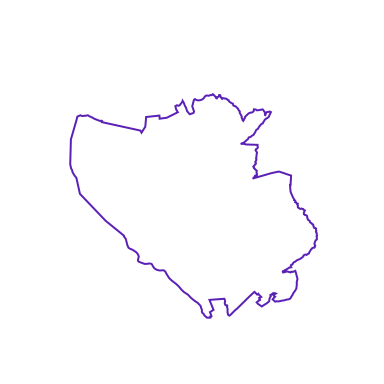 Bucov, Prahova, Romania (Equal Earth projection), rotated 26°
{"feature_id": "2599482B21146136676723", "entity_name": "Bucov", "entity_type": "district", "adm_level": 2, "iso_a3": "ROU", "parent_name": "Romania", "parent_adm1": "Prahova", "projection": "equal_earth", "projection_center": [26.112, 44.989], "detail": "fine", "context": "isolated", "style": "outline", "palette": "violet", "viewbox_px": 384, "rotation_deg": 26, "n_neighbors": 0, "source": "geoboundaries", "source_scale": "gbopen_adm2", "svg_char_len": 6007}
<svg xmlns="http://www.w3.org/2000/svg" viewBox="0 0 384 384"><g transform="rotate(26 192 192)"><path d="M260.6,298.4L263.5,296.9L263.0,296.1L264.0,295.4L264.0,295.1L260.8,292.1L263.0,288.5L255.0,281.3L267.9,273.8L269.3,275.1L269.6,275.6L269.8,276.7L270.2,277.2L270.2,277.6L270.8,278.4L271.6,278.9L272.0,279.0L273.0,278.5L273.3,278.5L273.6,278.8L273.8,279.9L274.1,280.3L275.0,281.1L276.8,284.8L277.2,285.1L278.1,286.4L279.0,286.7L279.9,286.7L280.7,284.9L282.6,279.3L283.7,276.9L290.1,258.8L290.6,257.9L290.7,257.3L291.9,254.4L295.5,255.6L295.7,255.2L296.2,254.4L296.6,254.8L300.2,256.0L299.6,256.7L299.6,256.9L298.8,257.8L300.1,258.8L299.8,259.2L300.3,259.6L299.8,260.2L298.5,262.8L300.2,263.6L304.9,264.3L306.9,260.9L307.8,259.6L309.1,256.9L309.2,256.2L309.0,255.5L308.5,254.4L308.3,252.6L308.5,251.1L307.9,250.7L307.6,250.3L308.2,249.6L308.8,248.2L309.4,247.2L309.8,247.2L311.1,246.5L311.9,246.5L310.3,249.0L310.9,249.3L312.6,249.7L311.7,252.2L311.5,253.1L314.8,254.1L315.9,253.2L317.9,252.3L320.9,249.9L322.2,249.1L324.0,247.4L325.9,246.1L326.8,245.1L327.1,244.2L327.2,242.3L327.5,240.2L327.4,238.4L327.7,237.1L328.0,235.0L328.1,232.8L327.8,232.3L327.5,231.3L326.8,229.2L325.6,227.0L325.0,224.1L324.7,223.6L320.5,218.7L319.4,217.6L318.0,219.3L316.9,219.8L316.9,220.0L316.1,220.2L315.9,220.6L315.8,221.1L312.3,221.7L309.2,224.4L308.7,224.0L308.4,223.5L308.6,223.1L309.8,221.8L309.8,221.5L311.7,218.9L312.3,217.6L314.1,216.2L313.6,215.9L313.3,215.4L313.0,214.5L313.3,213.7L314.0,213.3L314.1,211.8L314.1,210.9L315.3,209.4L315.9,208.0L316.6,206.9L318.4,204.9L319.9,202.2L320.0,201.7L320.3,200.8L320.1,200.4L320.1,200.0L321.2,198.6L322.1,198.2L322.6,198.3L323.3,196.8L323.8,196.2L324.1,195.9L323.8,195.1L324.0,194.1L324.0,192.6L324.2,191.5L324.5,191.1L324.4,190.4L324.7,189.8L325.4,188.9L326.4,188.4L326.5,187.7L326.2,187.3L326.4,186.4L326.1,185.9L325.2,185.5L324.6,184.6L324.3,181.4L325.0,179.9L324.0,177.9L323.4,177.3L323.4,177.0L323.5,176.3L322.8,175.7L322.2,174.3L321.1,173.7L320.8,173.4L320.7,173.0L320.8,172.5L319.9,171.6L319.6,170.5L318.4,170.4L317.5,170.7L316.9,170.2L316.5,169.6L315.8,169.2L315.6,168.6L315.0,168.1L314.1,168.2L313.0,167.6L311.6,167.6L310.3,166.3L308.3,166.1L307.9,165.5L307.0,164.8L306.6,164.2L306.2,163.3L305.6,162.9L305.0,162.8L304.4,163.0L304.0,162.9L303.6,163.2L302.3,162.9L301.6,161.6L301.6,160.8L301.5,159.1L300.2,159.1L299.4,158.6L298.8,158.9L297.8,158.8L297.6,158.9L296.8,159.7L296.4,159.8L293.9,159.4L293.4,158.6L293.2,157.8L292.0,157.0L292.3,156.4L292.2,156.1L290.7,156.2L290.0,155.7L289.2,155.9L289.1,155.1L288.5,154.5L287.4,154.5L287.4,154.1L285.1,152.6L281.4,149.4L280.3,148.3L277.0,142.7L277.5,142.5L273.9,133.8L261.7,135.4L260.6,135.9L254.9,140.4L241.2,152.8L241.0,152.6L241.1,152.1L241.8,150.5L241.5,150.0L241.6,149.5L241.8,149.3L242.7,149.3L243.1,148.7L242.6,148.0L242.5,147.3L241.3,146.1L241.1,144.8L240.9,144.4L239.4,144.2L238.8,143.8L237.4,143.5L237.1,143.3L237.0,142.7L236.0,142.3L236.3,141.5L236.3,141.0L236.6,140.2L236.6,139.9L236.8,139.5L236.7,139.2L237.0,138.6L236.9,138.1L236.4,137.9L235.7,137.2L235.7,136.9L235.9,136.8L235.7,135.2L235.8,134.8L234.8,133.6L234.9,133.4L233.4,129.2L233.3,128.6L233.0,127.9L230.9,126.7L230.7,125.6L231.4,124.6L231.6,124.0L231.6,123.1L231.4,122.5L230.8,122.1L230.2,120.9L219.5,125.7L219.0,125.6L216.5,126.4L214.8,127.5L215.3,126.6L216.4,125.4L216.8,125.1L217.4,124.0L218.4,121.3L219.0,120.3L219.1,119.7L219.1,118.1L220.6,116.7L221.2,115.1L222.3,113.7L222.3,112.1L222.5,111.6L222.6,110.4L222.5,108.5L222.7,107.7L223.6,106.3L223.7,105.1L223.6,104.3L224.4,100.9L225.6,99.1L225.5,97.6L225.7,96.9L225.7,95.3L226.2,94.1L228.0,91.2L227.9,85.6L226.6,85.6L225.6,86.5L224.0,87.6L223.9,87.9L224.2,90.4L224.2,90.8L223.9,90.8L222.7,88.8L222.2,88.3L219.9,87.0L219.2,86.8L216.1,89.2L214.4,90.2L213.2,89.9L211.4,90.5L211.6,91.3L212.0,92.2L211.6,93.4L211.1,94.2L209.9,94.9L208.8,96.0L208.2,97.1L207.0,100.4L206.8,101.4L207.1,102.2L206.9,103.4L207.0,104.8L206.9,105.6L205.9,105.2L205.0,104.1L204.0,103.4L203.7,102.4L200.1,99.8L199.6,98.6L198.1,98.0L196.9,97.0L193.7,95.9L191.8,96.2L191.2,96.1L190.2,94.8L189.7,94.7L188.5,94.8L185.8,94.4L185.0,94.0L184.8,93.5L183.7,93.6L182.2,93.1L178.6,94.1L178.3,94.4L178.2,95.1L177.8,95.0L177.7,94.5L177.5,94.3L176.3,94.3L175.6,93.3L174.8,92.7L174.5,92.6L173.9,93.0L174.2,94.0L174.2,94.4L173.8,95.0L172.6,96.0L173.1,96.4L173.3,96.9L173.0,97.1L172.5,97.0L171.5,96.2L168.5,95.0L167.7,95.1L167.5,96.0L167.2,96.3L165.9,97.0L164.8,98.2L163.2,98.7L162.6,99.0L161.7,100.4L161.5,102.3L161.0,103.7L160.4,104.6L159.1,105.9L157.9,106.7L156.6,107.2L155.4,107.4L153.9,107.2L153.5,107.9L153.5,109.1L154.5,114.1L154.9,115.2L156.5,116.6L157.3,117.6L158.2,118.3L158.6,118.9L158.7,120.3L158.2,120.8L155.9,123.1L153.7,122.2L152.1,121.4L149.5,118.7L148.0,117.8L145.5,115.4L143.6,114.2L143.8,115.1L143.1,118.3L143.0,119.1L142.8,119.6L142.5,120.0L141.9,120.5L140.6,120.5L139.4,122.1L141.5,124.7L144.3,126.5L136.8,136.3L130.8,140.3L129.2,137.6L117.9,144.7L120.8,152.2L121.4,153.9L120.6,160.8L118.7,159.4L80.4,168.7L80.2,167.7L79.5,167.7L79.0,167.7L78.6,168.2L78.0,168.5L72.2,169.0L69.6,168.8L66.2,168.9L65.0,168.7L64.4,168.9L63.1,170.0L60.1,171.8L58.9,172.0L58.1,171.9L55.9,174.5L56.7,178.2L60.1,197.8L70.4,220.5L73.2,224.0L74.1,224.5L75.0,225.3L76.0,226.6L79.2,228.7L81.8,229.9L92.1,242.8L126.9,255.7L149.6,261.0L150.1,261.2L150.2,261.7L150.7,262.0L152.4,262.8L153.4,263.6L157.2,268.1L159.3,269.9L161.3,270.2L162.6,270.0L165.0,270.1L168.3,270.6L169.6,271.1L171.1,272.0L172.5,273.4L173.3,277.1L173.9,277.7L174.4,277.9L175.0,278.0L181.0,277.4L183.2,276.2L185.1,274.9L186.7,274.4L187.5,274.5L187.9,274.7L189.3,275.8L191.7,277.1L194.2,277.4L197.2,276.8L198.2,276.3L200.3,275.0L201.1,274.8L202.1,275.0L202.7,275.1L204.7,276.6L209.0,279.3L211.0,280.0L212.7,280.5L218.4,281.7L221.6,282.7L224.9,284.2L228.3,285.4L233.6,286.1L237.5,287.6L242.1,288.7L245.6,289.1L248.6,290.2L249.9,290.8L250.8,292.0L252.4,293.3L253.4,295.3L254.0,295.9L254.5,296.2L255.6,296.3L257.3,297.5L260.6,298.4Z" fill="none" stroke="#5b21b6" stroke-width="2"/></g></svg>